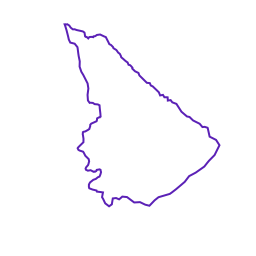 outline of Kokoyah, Bong, Liberia, rotated 108°
{"feature_id": "62588387B51807838510700", "entity_name": "Kokoyah", "entity_type": "district", "adm_level": 2, "iso_a3": "LBR", "parent_name": "Liberia", "parent_adm1": "Bong", "projection": "mercator", "projection_center": [-9.579, 6.517], "detail": "fine", "context": "isolated", "style": "outline", "palette": "violet", "viewbox_px": 256, "rotation_deg": 108, "n_neighbors": 0, "source": "geoboundaries", "source_scale": "gbopen_adm2", "svg_char_len": 2810}
<svg xmlns="http://www.w3.org/2000/svg" viewBox="0 0 256 256"><g transform="rotate(108 128 128)"><path d="M49.0,220.3L49.7,219.7L51.1,218.7L52.7,217.6L53.8,216.8L59.5,213.2L62.2,211.6L64.6,209.3L64.3,204.8L65.0,203.7L66.7,201.1L67.8,200.5L72.7,198.2L74.5,197.3L74.9,197.1L79.5,194.5L84.6,193.0L86.2,191.8L88.9,189.8L91.3,187.0L92.1,186.2L96.5,181.8L96.7,181.6L98.1,180.2L102.7,177.9L109.0,176.7L114.2,174.6L114.8,173.8L115.9,172.3L115.7,172.1L115.0,169.2L115.6,167.1L114.9,164.0L115.2,162.1L118.1,160.9L122.9,158.7L124.9,157.9L125.6,157.6L126.1,158.1L126.5,158.1L126.8,158.8L128.3,160.3L128.8,160.3L130.0,160.0L131.3,160.0L135.2,164.3L136.6,164.9L138.0,164.5L140.2,164.5L141.0,164.5L141.5,165.0L142.0,165.3L144.5,167.6L145.2,168.9L145.6,169.3L145.9,169.6L147.4,169.2L147.8,169.2L148.6,168.7L152.0,167.0L155.3,166.0L159.7,168.3L162.3,169.6L162.9,169.6L164.1,168.4L164.4,167.1L164.4,163.4L164.7,163.0L165.3,162.3L167.6,160.0L168.2,158.8L169.1,157.0L169.7,155.8L171.9,154.6L173.5,154.6L173.8,154.5L175.5,154.5L178.4,155.7L179.7,155.8L180.7,155.1L180.9,153.6L181.0,153.0L180.1,151.3L179.7,150.5L179.9,149.3L180.3,147.3L179.8,146.8L179.9,146.0L178.7,144.9L178.0,144.8L177.5,144.8L176.8,143.5L176.1,142.2L176.3,141.2L177.3,140.7L178.3,140.0L180.8,139.9L183.0,140.1L183.5,140.6L184.1,141.4L186.4,142.9L188.0,145.0L190.0,146.3L191.5,147.3L193.8,147.7L196.1,147.0L197.3,146.2L197.5,142.7L197.3,140.2L197.3,139.8L197.2,138.6L198.1,137.9L197.4,134.4L197.0,131.9L201.8,131.3L203.2,129.7L206.7,126.4L208.3,121.8L205.6,119.8L199.7,120.7L198.3,117.7L198.6,114.4L198.0,114.0L195.0,112.2L194.0,107.6L196.9,99.1L195.9,96.5L194.8,93.7L195.6,87.9L195.3,83.6L189.1,80.6L188.5,80.3L184.4,77.6L177.7,67.8L177.2,67.5L176.2,66.7L171.4,63.4L161.7,57.4L154.9,55.0L149.5,49.8L141.1,43.5L136.5,41.8L134.0,40.8L127.0,37.3L116.9,35.8L116.1,35.7L112.1,40.6L111.0,47.7L103.7,52.0L103.2,52.4L103.2,55.4L104.1,57.5L101.8,61.2L101.2,65.3L100.7,68.5L98.5,72.9L98.8,75.5L96.0,82.2L90.1,89.4L89.9,93.8L88.3,96.1L89.6,98.6L88.8,98.9L86.6,99.8L86.8,100.7L87.5,102.9L85.7,105.0L87.1,107.5L84.5,109.7L80.8,117.3L80.5,119.5L78.6,121.1L78.7,121.6L78.7,121.8L79.2,124.0L74.5,133.4L72.4,135.1L71.9,138.8L70.2,142.3L69.3,142.4L68.3,144.0L67.6,145.4L67.7,147.0L66.2,148.3L65.8,148.6L65.3,150.3L64.8,151.6L64.6,152.1L63.9,153.6L63.1,155.6L62.8,156.3L61.7,157.0L60.0,158.7L59.3,160.7L57.6,162.9L57.4,163.3L56.6,166.5L55.6,167.3L54.3,169.8L54.0,171.7L52.6,173.0L48.4,177.2L48.3,178.9L48.1,180.4L47.7,183.4L49.1,186.3L50.8,187.6L51.5,189.1L52.3,189.1L52.7,191.2L53.5,192.9L55.1,193.5L54.2,195.4L54.4,196.2L54.1,196.6L54.1,197.1L53.7,197.3L51.2,198.6L50.7,198.9L50.1,200.7L50.3,203.1L50.7,207.1L50.6,209.2L51.2,211.0L50.8,212.1L50.2,213.6L48.7,215.5L48.1,217.8L48.7,218.9L48.7,219.0L48.7,219.6L49.0,220.3Z" fill="none" stroke="#5b21b6" stroke-width="2"/></g></svg>